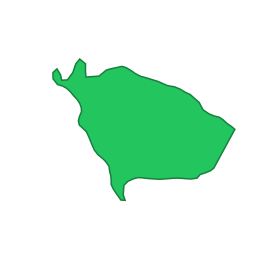 the district of Japaratinga, Alagoas, Brazil, rotated 125°
{"feature_id": "56859067B76266642594277", "entity_name": "Japaratinga", "entity_type": "district", "adm_level": 2, "iso_a3": "BRA", "parent_name": "Brazil", "parent_adm1": "Alagoas", "projection": "robinson", "projection_center": [-35.291, -9.093], "detail": "fine", "context": "isolated", "style": "filled", "palette": "green", "viewbox_px": 256, "rotation_deg": 125, "n_neighbors": 0, "source": "geoboundaries", "source_scale": "gbopen_adm2", "svg_char_len": 1153}
<svg xmlns="http://www.w3.org/2000/svg" viewBox="0 0 256 256"><g transform="rotate(125 128 128)"><path d="M188.9,88.9L185.6,93.5L182.2,95.5L177.2,98.5L171.6,97.4L166.5,94.4L163.1,91.6L160.9,88.2L158.5,83.7L155.5,78.6L151.7,72.5L147.6,67.4L144.2,63.3L141.4,59.8L139.0,56.1L136.4,51.6L133.6,47.1L129.5,42.7L124.7,42.2L120.3,38.9L115.5,35.8L111.5,34.7L67.8,39.7L67.4,44.9L67.4,50.2L66.8,54.5L66.8,59.4L68.6,63.9L70.0,69.9L70.0,77.0L66.2,84.5L65.6,90.5L64.9,96.0L65.9,101.9L66.3,107.8L67.6,113.6L70.6,119.8L72.6,130.0L76.7,142.6L78.4,147.2L79.2,152.9L79.2,158.6L79.6,163.9L80.9,168.2L89.9,176.5L93.0,179.0L102.1,181.5L110.4,191.7L105.2,195.9L99.8,199.6L99.2,207.1L105.2,207.6L114.2,205.0L123.3,205.2L126.9,209.7L123.1,213.8L120.3,220.1L125.6,221.3L130.7,217.6L132.8,210.7L131.1,205.5L130.7,200.9L131.4,195.9L132.8,190.9L133.8,185.8L135.8,181.2L138.3,177.8L141.4,175.4L146.3,174.4L150.5,172.8L153.5,169.6L154.9,159.9L158.1,154.5L162.1,148.3L165.3,143.0L167.1,137.3L167.6,130.7L168.5,126.4L170.3,121.6L173.8,118.4L177.2,114.5L180.2,112.0L183.8,109.5L186.5,104.9L188.4,99.9L191.1,92.5L188.9,88.9Z" fill="#22c55e" stroke="#15803d" stroke-width="1.5"/></g></svg>